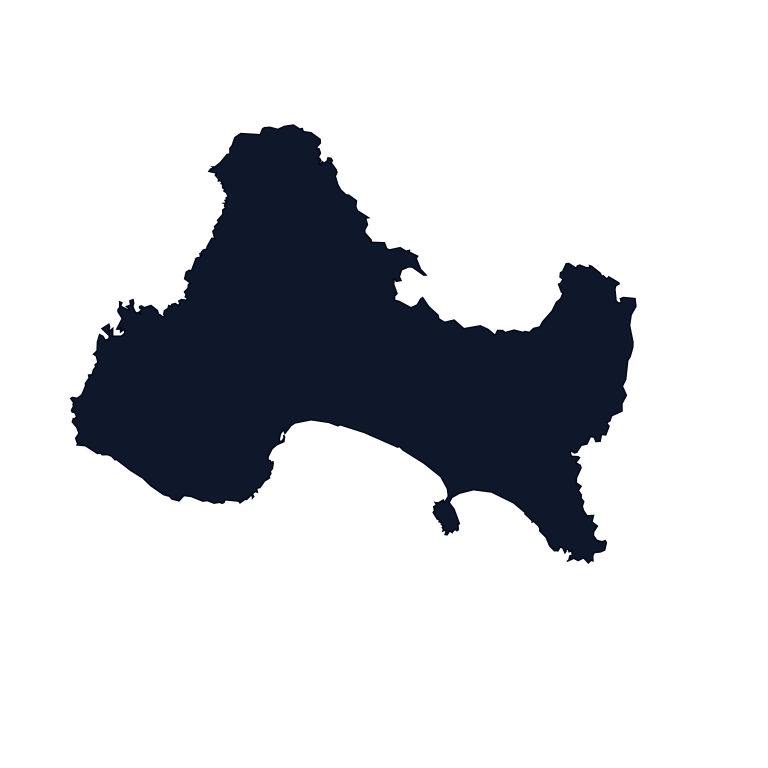 Pangandaran, Jawa Barat, Indonesia (Mercator projection), rotated 29°
{"feature_id": "22746128B59857718615465", "entity_name": "Pangandaran", "entity_type": "district", "adm_level": 2, "iso_a3": "IDN", "parent_name": "Indonesia", "parent_adm1": "Jawa Barat", "projection": "mercator", "projection_center": [108.519, -7.64], "detail": "fine", "context": "isolated", "style": "filled", "palette": "ink", "viewbox_px": 768, "rotation_deg": 29, "n_neighbors": 0, "source": "geoboundaries", "source_scale": "gbopen_adm2", "svg_char_len": 6170}
<svg xmlns="http://www.w3.org/2000/svg" viewBox="0 0 768 768"><g transform="rotate(29 384 384)"><path d="M247.0,232.1L240.5,225.7L240.4,222.0L238.3,219.8L231.4,216.5L230.7,217.3L230.4,213.5L228.2,212.3L225.4,213.4L226.2,216.4L225.2,218.6L223.9,220.3L222.6,219.4L221.2,222.2L222.1,223.1L220.4,223.4L219.6,222.0L220.6,219.3L218.2,217.8L216.6,218.5L216.5,212.9L213.1,209.8L211.3,210.9L210.4,209.2L211.5,204.0L209.5,201.0L198.4,199.6L191.0,202.4L188.7,200.2L186.7,201.9L179.3,201.4L172.0,207.0L167.7,212.8L159.8,214.8L155.2,217.8L154.1,219.6L154.9,226.0L137.3,234.4L134.1,240.8L135.6,249.1L135.0,252.7L137.8,257.4L135.5,259.3L133.6,269.5L130.9,276.2L128.7,277.3L130.4,277.8L128.1,280.1L127.8,282.9L135.2,280.7L135.2,283.1L139.9,284.9L140.7,286.7L142.2,285.5L144.5,286.0L144.5,287.7L146.0,287.4L147.6,290.5L149.9,290.7L150.5,292.8L153.4,293.1L157.0,295.7L155.7,297.6L157.2,299.6L156.0,300.5L158.7,301.8L156.5,303.5L157.9,303.3L158.1,305.5L160.1,306.7L158.6,309.8L160.8,313.7L159.1,321.6L161.2,322.6L159.5,328.4L161.1,330.2L160.3,333.5L165.5,338.8L162.8,340.1L162.7,349.9L163.7,351.7L160.9,354.6L160.4,357.7L162.1,359.0L160.0,359.4L162.1,362.0L158.7,365.1L160.7,378.1L158.3,379.2L156.8,382.0L158.6,388.6L166.0,389.6L164.7,391.8L166.2,395.2L164.8,400.1L167.8,402.0L167.9,404.1L171.1,404.4L170.3,406.7L166.0,408.3L164.3,410.9L166.4,412.4L166.0,415.1L162.3,414.8L159.8,417.4L159.9,418.8L161.4,419.3L157.7,419.8L158.5,422.7L156.4,426.3L157.5,429.9L159.3,430.9L158.3,432.7L154.2,432.0L153.6,432.9L150.2,429.6L142.1,428.3L137.3,433.5L134.0,433.3L132.7,434.6L133.4,436.0L135.9,435.8L135.3,439.2L137.8,441.3L134.6,440.4L132.6,442.2L129.9,440.6L126.7,437.9L125.9,434.6L123.6,431.9L121.4,434.5L124.2,437.8L121.2,441.1L124.9,441.8L124.4,443.3L116.9,443.6L115.7,443.0L115.4,440.0L113.0,440.3L115.7,445.0L115.3,448.1L116.3,449.7L123.3,453.6L123.7,465.5L125.9,464.3L126.2,462.5L128.4,466.2L130.3,461.9L132.7,465.3L131.0,469.6L123.5,473.8L119.8,466.9L117.9,471.9L116.2,466.9L114.4,465.1L110.5,472.3L120.4,474.9L121.3,477.0L120.6,479.4L118.8,480.7L114.8,478.5L111.3,478.7L113.0,486.2L117.0,494.1L115.6,498.7L118.7,498.9L123.4,503.8L122.0,507.3L123.6,508.8L123.0,512.4L124.2,517.5L121.3,519.4L123.2,521.8L122.6,528.3L123.9,530.3L125.0,539.8L122.7,545.2L118.0,546.8L117.0,548.5L121.5,550.7L122.1,553.0L123.2,553.2L123.4,558.6L124.9,559.7L127.4,558.9L130.9,561.4L130.4,564.4L129.0,564.9L129.8,568.3L136.4,570.9L141.1,574.9L140.6,580.9L143.8,583.8L144.8,583.5L145.0,586.1L152.8,582.7L167.0,583.7L169.7,581.8L171.8,582.5L176.6,579.7L180.9,579.2L185.4,580.7L186.5,579.7L204.3,582.4L218.9,583.2L229.1,586.0L245.0,587.6L250.8,586.2L254.2,587.4L261.4,585.6L263.0,578.6L269.9,575.8L282.3,574.3L286.0,571.6L293.2,570.6L297.5,567.2L300.3,566.8L301.5,565.1L301.1,562.6L302.5,561.7L313.7,556.9L315.7,557.8L318.2,552.4L319.8,551.6L321.5,545.8L323.4,545.9L324.2,547.4L324.6,545.6L322.7,544.4L322.3,542.4L323.7,540.4L325.7,540.0L323.1,536.9L325.7,534.7L326.5,526.9L329.4,521.6L328.3,520.7L328.5,517.3L326.8,515.3L327.4,512.2L325.5,507.0L324.5,505.9L323.5,507.4L321.4,506.2L319.7,506.9L317.9,504.1L317.5,495.0L319.7,489.0L324.4,483.0L322.7,478.5L321.0,477.4L322.6,479.4L322.6,482.9L321.0,485.2L319.0,482.8L317.6,477.5L318.1,472.6L321.3,475.2L322.8,465.6L324.8,461.4L337.6,450.6L354.4,444.3L363.9,442.9L365.4,440.9L390.4,435.9L426.5,432.6L427.9,431.1L432.6,432.5L457.6,433.9L478.6,437.5L490.2,444.8L494.7,450.9L494.4,457.8L493.8,458.6L492.2,456.7L489.1,461.7L486.2,462.9L488.6,464.2L487.4,466.4L488.4,466.6L487.1,467.4L489.5,470.2L489.3,472.5L496.0,476.3L498.9,476.0L498.9,477.7L501.3,477.3L502.3,479.0L505.1,479.3L504.5,481.2L506.4,482.2L506.8,484.0L507.9,482.5L509.7,482.6L510.4,486.0L512.3,485.3L512.6,480.7L515.5,480.8L514.7,479.6L515.7,479.6L516.5,476.5L518.9,477.0L519.6,475.4L517.1,471.7L517.5,469.5L505.9,459.5L498.4,456.1L498.4,450.2L502.9,443.0L513.4,433.1L530.4,426.3L555.0,425.1L569.9,428.0L570.2,429.2L579.7,431.7L580.5,432.9L581.4,431.6L586.9,432.9L590.0,434.4L591.5,437.0L600.1,439.5L607.3,445.2L613.9,447.2L616.5,445.5L616.9,446.3L617.1,440.9L620.2,440.9L624.1,443.9L624.3,441.8L622.9,440.8L625.4,439.2L627.2,441.0L629.0,438.9L631.9,442.6L629.9,444.2L631.1,448.7L629.9,450.5L634.5,444.4L639.4,444.3L642.8,439.3L649.5,441.4L650.5,437.8L652.5,437.4L649.8,433.0L649.6,429.5L654.7,425.9L657.5,422.3L655.4,414.9L653.5,413.7L651.3,416.2L646.2,417.6L640.8,415.2L639.0,411.7L639.5,404.8L632.7,403.9L631.0,397.4L625.5,400.9L620.1,398.1L616.7,394.9L615.7,390.0L611.7,388.4L610.3,385.3L605.6,383.0L606.0,377.9L600.1,377.2L597.8,372.7L597.0,361.8L595.1,360.0L589.8,359.8L590.8,353.8L589.0,353.5L583.0,356.4L580.2,353.8L580.1,351.8L584.1,351.9L585.7,350.2L586.2,342.0L590.6,338.1L590.0,329.9L593.7,328.6L597.2,331.6L600.8,329.2L598.6,322.7L602.6,321.0L601.3,311.9L597.5,310.1L599.5,306.7L598.4,301.5L605.3,292.3L601.6,285.8L601.5,276.4L593.5,270.4L593.2,262.9L585.8,245.3L586.0,240.7L583.8,231.3L581.5,226.8L570.3,213.6L566.6,203.6L566.7,194.0L562.1,187.6L551.5,192.3L549.4,194.8L551.9,197.5L551.4,198.9L548.8,199.3L546.7,198.8L539.9,189.0L539.1,185.7L541.1,182.5L540.4,181.7L528.6,181.3L528.5,183.2L526.9,184.1L523.5,183.0L522.2,184.2L519.2,182.2L508.5,180.4L506.4,180.8L507.8,182.3L504.6,184.2L497.6,185.1L495.9,187.1L496.1,189.6L487.2,189.0L485.1,190.4L485.7,199.1L484.4,201.1L486.1,205.1L489.4,205.4L489.8,206.6L489.6,210.6L488.3,212.1L494.6,217.5L496.4,217.3L497.2,223.6L495.2,229.1L495.7,238.5L492.6,252.6L492.7,258.5L487.8,263.0L486.3,268.3L481.6,269.9L480.8,271.4L471.7,273.8L465.0,280.3L461.9,279.7L457.4,282.1L457.7,287.6L448.4,285.8L440.1,286.4L427.1,296.9L414.4,294.1L407.1,300.7L400.3,300.4L397.9,297.6L385.7,294.7L375.9,289.7L374.8,291.9L374.8,298.6L370.6,304.3L357.1,304.4L352.8,305.7L350.6,302.1L351.6,298.7L344.2,292.2L342.0,287.4L342.3,286.6L345.0,288.2L348.7,285.2L345.4,282.8L344.0,275.6L348.8,269.5L352.2,268.0L366.1,269.5L367.9,268.3L360.5,266.0L351.2,258.6L351.5,255.9L342.3,256.4L341.5,254.8L338.9,257.2L332.1,256.9L323.7,264.2L320.7,264.3L315.9,260.3L304.0,266.3L303.0,264.3L294.0,261.1L292.4,258.5L292.3,252.7L287.5,247.8L289.8,246.1L276.7,245.3L273.4,242.7L271.1,237.1L261.9,235.9L259.0,237.0L252.3,235.3L247.0,232.1Z" fill="#0f172a" stroke="#020617" stroke-width="1.5"/></g></svg>